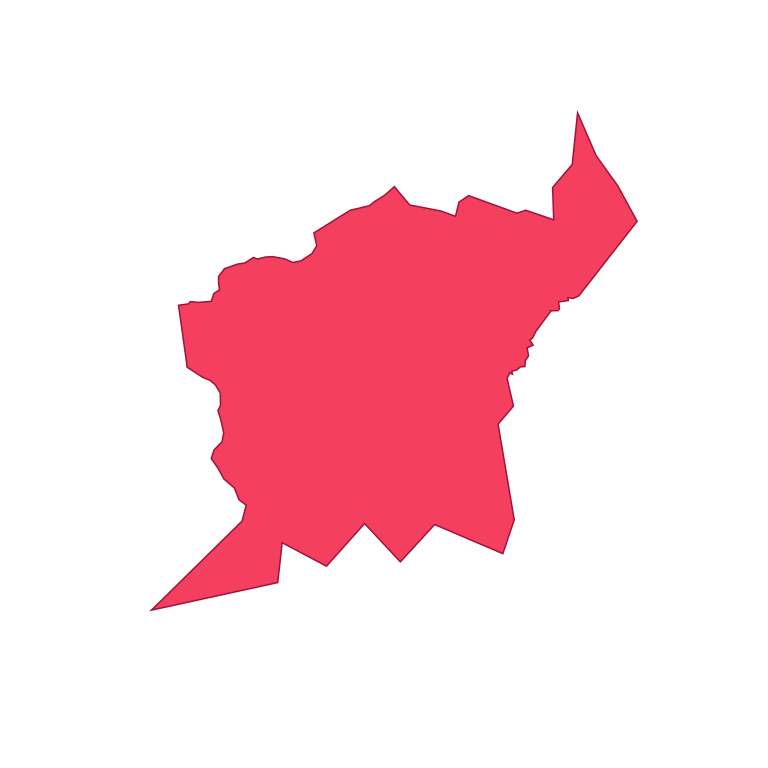 Mt Hagen District, Western Highlands, Papua New Guinea, rotated 342°
{"feature_id": "67681753B59339581313585", "entity_name": "Mt Hagen District", "entity_type": "district", "adm_level": 2, "iso_a3": "PNG", "parent_name": "Papua New Guinea", "parent_adm1": "Western Highlands", "projection": "robinson", "projection_center": [144.241, -5.844], "detail": "fine", "context": "isolated", "style": "filled", "palette": "rose", "viewbox_px": 768, "rotation_deg": 342, "n_neighbors": 0, "source": "geoboundaries", "source_scale": "gbopen_adm2", "svg_char_len": 1334}
<svg xmlns="http://www.w3.org/2000/svg" viewBox="0 0 768 768"><g transform="rotate(342 384 384)"><path d="M651.9,185.9L630.9,233.3L605.1,249.2L596.1,280.3L572.5,262.5L563.3,262.7L522.7,231.0L511.6,234.1L503.8,246.6L491.8,237.2L463.8,221.7L456.4,203.4L454.9,199.5L442.9,204.7L432.3,207.3L424.9,209.9L405.7,208.3L364.0,218.6L362.8,231.6L356.0,237.6L343.2,241.2L334.9,240.3L328.2,234.3L317.4,228.4L310.3,226.6L302.2,226.0L298.9,223.3L289.0,225.9L282.1,224.7L268.0,225.0L259.7,230.7L257.7,237.7L256.7,243.6L250.2,245.3L245.2,252.0L232.6,249.0L225.2,245.8L222.8,247.4L212.9,245.6L202.8,303.0L201.9,307.1L209.0,315.9L213.6,321.6L219.6,326.8L223.3,332.6L225.5,342.1L221.8,353.9L217.9,357.9L217.7,368.7L216.4,380.9L212.2,388.8L202.0,394.2L196.7,401.5L200.2,413.2L202.4,425.0L209.6,436.7L210.3,449.3L215.5,456.6L206.7,470.5L93.0,527.2L221.6,540.0L238.1,503.5L273.0,539.5L322.4,510.7L344.6,558.2L388.7,533.3L444.6,582.1L465.9,553.4L480.1,457.4L500.3,445.0L502.8,416.6L507.0,412.3L509.2,414.4L509.5,411.3L514.6,411.7L519.1,409.8L523.4,411.0L525.5,405.6L530.2,401.9L531.3,393.8L537.9,393.0L536.2,387.2L539.3,386.3L544.7,380.9L565.0,366.4L565.0,365.8L572.1,368.0L574.2,366.7L575.4,359.9L585.1,361.6L585.6,358.7L590.5,361.1L596.5,360.4L675.0,307.5L667.5,267.5L656.3,232.3L651.9,185.9Z" fill="#f43f5e" stroke="#9f1239" stroke-width="1.5"/></g></svg>